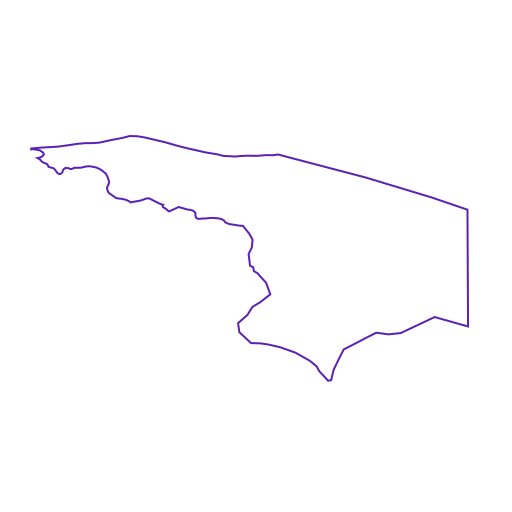 Keur Macene, Trarza, Mauritania, rotated 85°
{"feature_id": "47542326B95460333313215", "entity_name": "Keur Macene", "entity_type": "district", "adm_level": 2, "iso_a3": "MRT", "parent_name": "Mauritania", "parent_adm1": "Trarza", "projection": "mercator", "projection_center": [-16.333, 16.533], "detail": "fine", "context": "isolated", "style": "outline", "palette": "violet", "viewbox_px": 512, "rotation_deg": 85, "n_neighbors": 0, "source": "geoboundaries", "source_scale": "gbopen_adm2", "svg_char_len": 2189}
<svg xmlns="http://www.w3.org/2000/svg" viewBox="0 0 512 512"><g transform="rotate(85 256 256)"><path d="M386.3,192.0L376.2,188.6L364.9,181.9L356.7,176.7L351.5,163.9L347.2,153.7L342.9,142.9L345.6,130.8L345.4,118.6L332.4,83.4L344.7,50.9L228.3,41.3L213.0,75.9L187.3,140.1L156.8,225.2L157.1,230.1L156.4,237.2L156.3,246.6L155.3,256.0L155.1,262.2L155.1,267.9L153.5,279.6L151.3,285.8L148.3,297.6L142.7,315.0L139.6,324.0L134.7,336.8L128.3,356.2L126.3,363.9L125.5,371.3L126.8,379.7L128.1,392.2L129.4,402.2L129.3,408.6L128.7,416.6L128.7,424.6L129.2,431.7L129.8,443.8L129.6,451.3L129.3,460.5L129.3,464.5L129.3,470.5L130.1,470.7L130.1,468.5L130.9,465.9L131.9,462.2L134.4,459.1L136.2,458.4L137.4,459.5L138.4,460.7L138.9,462.4L139.2,463.6L139.4,464.7L139.4,465.0L141.2,462.6L142.9,461.5L144.4,459.7L146.1,456.3L147.5,455.3L148.5,455.2L149.1,454.9L149.7,453.3L150.4,451.5L151.0,449.9L151.8,449.2L153.8,447.9L155.9,446.7L156.7,445.7L157.3,444.6L156.9,443.0L156.4,442.2L155.2,441.4L153.7,440.8L152.8,440.1L152.1,438.7L151.5,438.1L151.9,436.5L152.2,435.1L153.1,433.5L153.2,432.6L153.3,432.1L152.7,430.4L152.3,429.3L152.8,423.0L152.0,417.1L152.0,415.1L152.3,412.9L153.8,407.7L155.4,404.7L157.3,402.1L160.9,398.4L163.7,397.2L167.3,396.2L169.7,395.9L171.4,396.5L174.8,398.4L176.4,398.5L179.8,397.5L181.0,396.5L182.2,394.9L185.6,390.9L186.5,389.1L187.4,384.6L188.7,380.6L190.5,377.5L191.6,376.4L190.7,366.0L189.1,360.0L189.3,357.4L195.4,347.5L196.9,344.2L197.3,344.8L198.0,344.6L199.4,344.2L200.4,342.7L200.9,341.8L203.1,339.9L204.0,338.7L200.5,328.8L201.9,324.9L203.7,320.4L204.3,317.5L205.3,314.9L206.2,313.8L207.5,312.8L208.5,312.6L210.6,312.8L212.4,312.5L213.5,311.3L214.0,309.8L214.1,308.9L214.0,305.5L214.2,303.8L214.2,296.7L215.0,291.2L215.9,287.9L217.6,284.9L219.8,283.7L221.8,279.9L223.9,271.6L224.9,266.4L233.1,260.8L239.5,258.0L247.1,259.4L253.4,263.2L265.2,262.8L266.9,259.8L270.9,259.4L273.3,256.0L275.8,254.2L283.5,248.3L295.4,245.1L302.3,255.7L306.4,264.0L313.9,269.6L321.3,279.7L330.5,279.2L342.3,268.6L343.5,258.7L345.4,250.9L349.0,239.9L355.7,225.2L365.1,211.5L371.3,205.2L376.3,203.0L379.0,200.9L382.5,198.1L386.5,195.1L386.3,192.0Z" fill="none" stroke="#5b21b6" stroke-width="2"/></g></svg>